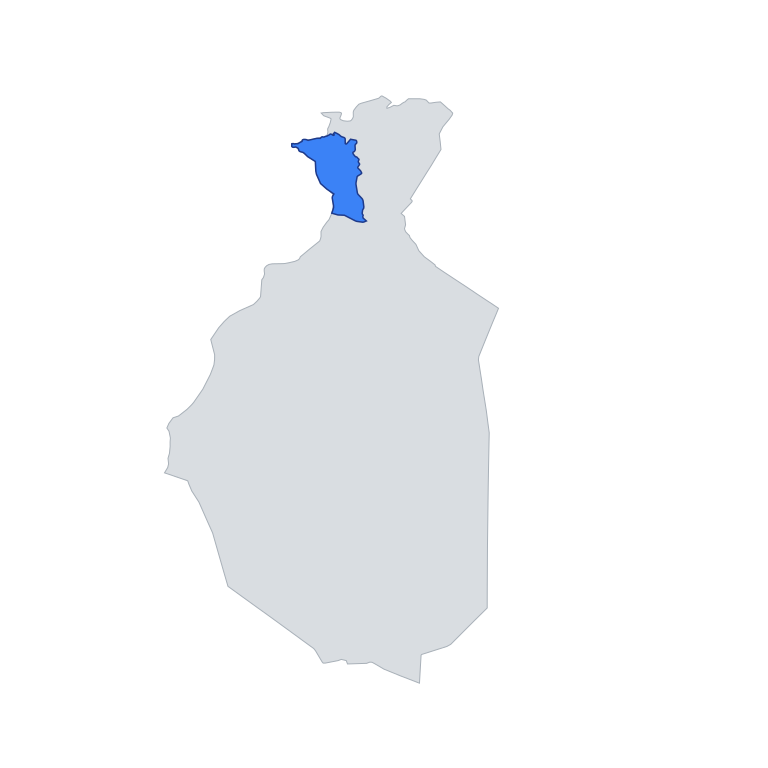 where Dosso sits in Niger, rotated 124°
{"feature_id": "NER-93", "entity_name": "Dosso", "entity_type": "Department", "adm_level": 1, "iso_a3": "NER", "parent_name": "Niger", "parent_adm1": "", "projection": "albers", "projection_center": [3.221, 13.177], "detail": "fine", "context": "in_parent", "style": "filled", "palette": "blue", "viewbox_px": 768, "rotation_deg": 124, "n_neighbors": 0, "source": "natural_earth", "source_scale": "10m", "svg_char_len": 5969}
<svg xmlns="http://www.w3.org/2000/svg" viewBox="0 0 768 768"><g transform="rotate(124 384 384)"><path d="M580.4,516.3L574.2,516.6L570.7,517.9L566.4,521.5L561.4,523.1L555.5,526.3L551.7,528.9L548.2,530.9L543.4,535.8L541.9,539.4L536.9,540.3L530.0,540.0L525.5,536.5L515.1,533.1L508.4,531.8L505.4,531.5L489.7,531.3L473.2,533.3L464.7,535.3L463.2,535.7L458.5,538.1L454.5,540.7L444.0,552.5L429.7,552.5L421.3,551.4L414.1,549.8L403.8,544.6L391.2,536.7L386.4,535.6L382.1,535.1L380.6,535.2L365.9,543.6L363.1,543.5L359.6,544.5L357.3,546.5L355.6,547.6L353.8,547.8L351.5,547.4L349.2,546.2L346.9,543.9L340.6,534.9L339.3,533.3L336.7,530.7L332.2,526.5L329.2,524.6L327.4,524.1L325.3,524.5L313.3,521.0L301.4,517.3L298.8,517.9L296.9,518.7L292.8,521.5L288.0,522.1L281.8,521.9L278.4,521.5L273.0,522.5L269.4,523.6L264.6,525.6L258.5,530.8L256.7,531.5L255.2,532.3L253.2,546.6L251.5,550.9L248.4,556.5L242.3,562.0L238.0,565.2L238.0,569.6L237.6,576.9L237.6,581.8L237.9,585.0L237.2,586.6L236.9,588.0L237.1,590.1L238.1,591.1L238.7,592.4L238.3,593.5L236.3,594.7L234.1,591.5L231.3,589.2L228.2,588.2L226.0,586.6L224.9,584.3L220.9,579.8L211.5,571.0L210.5,570.8L209.0,570.4L206.3,571.5L204.7,572.9L203.5,573.5L201.8,573.6L197.3,574.7L193.8,576.1L193.7,577.3L195.3,584.0L194.5,587.6L192.9,585.9L187.8,579.1L184.3,574.1L183.6,573.0L183.1,571.2L183.5,570.5L184.9,570.0L188.2,569.3L188.8,568.8L189.0,567.4L188.5,564.9L186.7,561.4L184.8,559.1L183.7,558.6L181.8,558.5L179.7,558.8L175.7,561.6L173.9,562.1L169.8,561.9L166.1,561.3L163.9,559.8L157.3,554.2L150.1,548.2L147.0,547.4L146.3,546.8L145.9,542.2L146.0,536.8L146.5,535.3L149.5,536.2L152.7,536.6L153.8,535.7L151.2,533.7L147.5,531.7L146.1,528.7L145.1,527.7L143.4,526.6L141.5,526.0L139.6,525.2L138.3,524.3L136.1,523.9L133.8,523.2L130.6,518.4L127.4,513.6L125.6,509.9L125.0,507.7L125.9,503.9L125.0,502.4L121.5,498.6L118.6,495.0L119.3,489.5L120.0,484.9L120.1,482.0L120.6,480.3L121.0,478.5L122.9,477.9L128.0,478.0L137.7,479.0L145.6,478.1L146.0,477.9L151.6,473.0L157.7,467.9L166.9,467.5L176.8,467.0L184.6,466.8L196.0,466.4L205.2,466.1L215.8,465.7L216.2,463.4L216.8,462.8L217.8,462.7L225.7,464.0L233.0,465.2L233.6,460.7L240.0,455.1L243.7,453.9L244.6,452.9L245.7,451.1L246.4,448.1L246.7,446.0L248.1,444.3L249.1,441.1L250.4,435.6L254.0,429.7L256.0,421.8L256.3,414.1L256.7,408.3L257.7,407.1L257.7,396.8L257.6,386.5L257.5,377.7L257.4,366.8L257.4,357.2L257.3,346.9L257.2,337.6L257.2,331.4L264.5,329.9L272.1,328.4L283.2,326.1L295.1,323.6L308.2,320.8L311.2,319.2L320.9,310.2L325.3,306.1L334.1,298.1L340.8,291.8L349.3,283.9L358.4,275.9L365.6,269.5L376.9,262.2L393.9,251.2L411.0,240.1L427.9,229.0L444.8,217.9L461.7,206.8L478.5,195.6L495.3,184.4L512.0,173.2L529.4,176.7L545.9,179.9L562.5,183.1L566.4,185.1L575.5,192.3L587.1,201.5L587.6,201.6L588.1,201.6L598.6,195.4L612.2,187.3L616.8,207.3L620.4,224.5L621.1,235.6L621.4,238.4L622.6,240.3L625.3,242.2L636.5,257.7L634.4,260.6L636.2,265.4L639.0,267.4L648.2,276.6L649.4,278.4L649.0,279.9L643.5,291.5L642.6,294.3L642.1,308.7L641.7,318.9L641.2,332.9L640.6,349.6L640.2,363.8L639.6,382.5L639.0,400.2L630.6,410.3L615.6,428.2L603.3,442.8L597.3,452.5L585.4,471.4L580.2,483.5L576.1,489.8L574.0,492.6L576.3,501.2L580.4,516.3Z" fill="#d9dde1" stroke="#a8b0b8" stroke-width="1"/><path d="M254.3,541.1L253.3,548.7L247.8,557.4L245.6,559.6L238.0,565.3L237.9,565.7L238.2,574.5L237.3,579.1L237.3,580.7L238.2,583.2L238.3,584.5L237.7,585.6L237.1,586.2L236.8,586.8L236.6,587.3L236.8,589.3L236.9,589.7L237.1,590.1L237.4,590.3L238.2,591.1L238.6,591.8L238.8,592.5L238.6,593.3L238.1,593.7L236.4,594.8L236.1,594.6L235.8,594.0L235.5,593.8L235.4,593.6L235.3,593.3L235.2,593.0L235.0,592.4L234.9,592.1L234.7,592.0L234.5,591.9L234.3,591.7L233.1,590.0L232.8,589.7L232.5,589.5L231.2,589.0L229.6,588.1L229.2,587.9L228.9,587.7L228.5,587.6L228.0,587.9L227.5,588.1L227.0,588.0L226.6,587.7L226.3,587.5L225.8,586.9L225.0,585.5L224.8,584.9L224.6,584.1L224.5,583.3L224.4,583.1L223.9,582.8L223.8,582.6L217.9,577.1L216.5,575.1L216.1,574.4L216.0,574.2L215.7,574.1L214.6,574.0L214.2,573.8L213.8,573.6L213.5,573.3L213.3,572.5L213.0,572.1L212.7,571.7L212.0,571.4L210.3,569.9L209.6,569.6L208.3,568.8L207.6,568.6L206.8,568.3L206.4,567.5L206.3,566.5L206.3,565.6L206.2,565.1L206.0,564.8L205.7,564.6L205.3,564.7L205.2,564.9L205.0,565.1L204.9,565.4L204.9,565.6L204.8,565.9L204.6,565.9L204.4,565.8L204.4,565.7L203.0,565.7L202.9,565.4L202.9,564.4L202.7,564.0L202.6,563.3L202.4,560.9L202.5,560.0L202.6,559.2L202.7,558.5L202.7,558.0L202.7,557.6L202.1,555.3L202.0,554.9L202.0,554.5L202.1,554.0L202.1,553.8L202.2,553.6L202.5,553.3L203.0,552.9L203.5,552.5L204.3,552.1L205.6,551.0L206.2,550.7L206.3,550.5L206.4,550.2L206.2,549.6L205.8,549.3L205.3,549.2L200.0,548.6L199.8,548.6L197.7,543.7L197.6,543.3L197.7,543.1L197.8,542.8L198.0,542.5L198.5,542.0L198.8,541.7L199.3,541.5L199.5,541.4L199.8,541.4L200.0,541.4L200.8,541.6L201.2,541.7L201.6,541.6L201.8,541.6L202.2,541.5L202.5,541.4L205.7,538.9L206.9,538.6L207.3,538.6L208.1,538.7L208.3,538.8L208.7,539.1L209.1,539.2L209.3,539.2L209.5,539.2L210.0,538.9L210.6,537.9L211.1,536.4L211.5,534.8L211.5,534.6L211.4,534.4L211.1,533.8L211.1,533.6L211.1,533.4L211.1,533.0L211.4,532.2L211.5,531.4L211.6,530.7L211.8,530.3L212.5,530.1L213.5,529.9L214.0,529.7L214.4,529.3L215.1,527.7L215.3,527.2L215.7,527.1L215.9,527.0L218.3,527.0L218.8,527.0L219.3,526.8L219.6,526.3L219.7,525.7L220.3,522.8L220.8,521.8L221.4,520.7L221.7,520.4L222.2,520.4L222.7,520.5L226.3,522.1L226.8,522.2L227.2,522.2L232.9,519.7L234.0,519.0L240.4,513.0L241.0,512.2L241.3,511.5L242.5,506.1L242.7,505.6L242.8,505.2L243.8,503.8L248.5,499.7L249.0,499.5L249.5,499.2L249.9,499.1L250.4,499.1L251.3,499.1L251.5,499.1L254.2,497.8L254.7,497.5L255.2,497.0L255.6,495.9L255.8,495.6L256.2,495.5L257.1,495.2L258.1,494.1L258.7,489.8L261.0,491.3L261.8,492.2L264.4,497.5L264.8,499.0L266.2,510.9L266.3,511.3L269.6,516.7L271.6,522.8L267.6,523.9L265.7,524.6L264.1,525.8L258.7,531.0L257.7,531.5L256.7,531.7L254.5,531.8L254.4,540.3L254.3,541.1Z" fill="#3b82f6" stroke="#1e3a8a" stroke-width="1.5"/></g></svg>